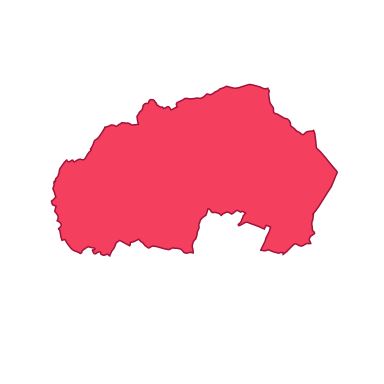 Da Lat, Lâm Đồng, Vietnam, rotated 332°
{"feature_id": "81297802B86448730167777", "entity_name": "Da Lat", "entity_type": "district", "adm_level": 2, "iso_a3": "VNM", "parent_name": "Vietnam", "parent_adm1": "Lâm Đồng", "projection": "albers", "projection_center": [108.448, 11.908], "detail": "fine", "context": "isolated", "style": "filled", "palette": "rose", "viewbox_px": 384, "rotation_deg": 332, "n_neighbors": 0, "source": "geoboundaries", "source_scale": "gbopen_adm2", "svg_char_len": 5989}
<svg xmlns="http://www.w3.org/2000/svg" viewBox="0 0 384 384"><g transform="rotate(332 192 192)"><path d="M307.7,136.0L305.3,135.4L303.8,134.3L301.3,131.1L295.9,126.0L294.0,124.5L292.9,123.9L291.1,123.5L282.0,121.8L278.7,120.6L276.5,118.9L272.3,115.0L271.7,114.8L268.4,114.7L265.2,114.1L264.1,114.2L262.9,114.7L258.9,114.5L256.5,115.0L255.0,114.9L254.3,114.8L253.7,114.6L251.4,112.5L250.6,112.5L247.3,113.5L243.4,113.4L240.8,111.5L240.1,111.1L239.3,111.0L237.9,110.5L234.4,109.1L233.0,108.2L231.4,106.9L230.2,106.3L229.6,106.1L227.2,106.4L221.4,106.1L220.4,106.2L219.8,106.6L219.3,107.3L219.1,108.1L218.8,109.8L213.2,109.8L211.9,109.6L211.8,106.8L211.5,106.0L211.1,105.5L210.4,105.2L207.4,105.2L206.1,104.9L205.8,103.2L205.6,103.0L204.3,102.4L203.4,101.4L203.0,100.7L202.7,99.6L202.1,99.2L201.7,98.6L201.8,98.3L202.1,97.6L202.2,96.7L201.8,95.9L201.6,93.6L201.0,92.4L200.6,92.0L199.8,91.6L198.7,90.8L197.0,91.3L196.5,91.7L195.9,92.6L195.0,93.0L194.4,93.0L193.3,92.3L192.4,92.0L191.4,92.0L189.7,92.5L189.3,93.1L186.7,95.9L186.1,96.1L182.8,96.9L182.1,97.8L181.1,98.2L179.2,99.2L178.8,99.6L177.4,103.4L176.9,104.9L176.5,107.1L173.5,106.0L170.7,104.8L170.1,104.3L168.9,102.2L167.7,101.0L167.1,100.6L166.4,100.5L165.9,100.3L165.6,100.0L165.4,99.6L163.7,98.6L162.7,97.9L162.1,97.8L161.7,98.1L161.3,98.3L160.7,98.3L159.2,98.0L157.7,98.5L156.5,98.6L155.6,98.1L154.3,96.4L152.3,94.9L148.9,94.7L146.2,94.2L145.7,93.8L145.2,94.1L145.0,94.5L140.2,97.4L138.9,98.0L137.7,98.7L134.5,100.2L133.0,100.5L130.7,100.7L130.2,100.9L129.5,101.2L127.3,103.4L124.2,105.6L122.6,106.3L122.8,107.6L120.5,108.3L117.5,109.6L115.3,111.1L112.9,112.4L112.0,112.7L111.4,112.6L110.9,112.4L109.5,111.3L108.9,110.7L107.6,110.1L104.9,110.0L102.4,110.2L101.7,109.6L101.7,108.1L101.4,107.7L101.0,107.6L98.0,107.7L97.4,107.6L96.9,107.1L96.6,106.6L96.4,106.0L96.4,105.0L95.0,105.3L93.0,106.0L86.3,109.4L85.4,110.3L84.8,110.9L84.1,112.1L81.8,114.5L80.6,115.4L78.5,116.1L77.8,116.4L77.3,116.9L77.1,117.2L77.1,117.6L76.8,118.0L76.2,118.7L75.5,117.9L74.8,118.5L74.3,119.0L73.8,120.8L73.2,121.4L70.7,123.8L70.6,125.3L70.2,128.4L69.7,130.7L69.6,132.4L67.8,133.0L66.5,133.6L65.4,133.8L63.7,134.0L63.4,134.7L62.9,136.9L62.9,137.6L63.2,138.3L65.3,140.7L62.0,144.2L61.8,144.5L61.8,145.2L62.3,147.7L62.4,149.0L62.4,150.2L62.2,151.1L61.2,152.6L59.4,154.1L60.8,156.1L61.1,156.9L61.3,157.8L61.3,159.2L60.8,160.2L60.4,160.6L59.7,161.0L57.6,161.5L56.9,161.8L56.7,162.1L56.8,162.6L57.2,163.2L57.2,164.0L55.1,170.3L54.5,173.6L57.5,174.2L57.7,178.8L58.6,184.4L58.9,185.6L59.4,186.9L60.5,188.6L63.7,192.3L64.0,192.9L64.4,193.8L65.7,193.9L66.0,193.8L66.7,193.2L67.2,192.6L67.7,192.3L68.4,192.1L74.8,191.4L75.0,191.9L75.5,192.4L76.7,193.5L79.3,195.6L79.7,196.1L79.7,196.4L79.5,196.8L78.9,197.2L78.5,197.2L77.3,196.5L76.9,196.6L76.7,196.8L76.6,197.3L76.5,198.8L76.6,200.4L77.0,200.8L77.5,201.1L78.4,201.3L79.7,201.0L81.0,201.1L81.7,201.2L82.3,201.6L82.8,201.9L83.0,202.5L82.9,202.8L82.4,203.7L82.5,204.4L83.6,205.8L84.1,206.3L84.8,206.6L86.0,206.9L87.0,206.9L88.2,207.2L88.4,207.9L89.4,209.8L90.1,209.1L93.0,206.8L93.9,206.3L96.4,205.2L98.1,204.0L100.9,201.5L102.0,201.1L105.5,200.8L111.7,210.2L112.4,209.8L112.9,209.2L113.4,208.3L113.9,207.8L114.3,207.7L116.5,208.4L118.2,208.6L122.8,208.7L123.2,210.6L123.7,211.9L124.6,213.6L125.4,217.2L126.1,218.7L127.2,220.9L127.7,221.2L128.4,221.2L131.0,221.1L131.7,221.3L132.5,221.6L135.6,224.0L141.3,229.5L142.7,230.5L143.7,231.5L144.5,232.0L145.5,232.2L148.2,232.2L148.9,232.4L150.2,233.5L152.1,234.5L152.9,235.2L154.8,236.6L155.3,237.2L155.7,238.0L156.3,240.9L156.6,241.7L157.3,242.6L157.9,243.1L159.0,243.7L161.6,244.3L162.7,244.9L164.4,246.4L164.9,245.6L165.6,243.7L166.6,240.3L167.9,238.4L169.6,236.7L170.4,236.2L172.4,235.3L173.1,235.3L173.7,234.8L175.0,233.6L176.8,231.5L177.7,230.0L181.2,227.2L181.7,226.4L182.8,223.8L183.5,223.2L184.3,222.7L185.9,221.0L187.4,220.2L189.2,219.6L193.4,219.0L194.4,218.2L198.3,214.3L199.2,215.2L199.5,215.7L199.6,216.3L199.8,218.8L200.3,219.6L201.2,220.2L202.8,220.8L203.7,221.5L205.7,223.6L206.4,224.8L206.8,226.4L209.2,225.8L211.5,225.9L212.7,226.0L213.7,226.3L214.4,226.8L215.0,227.4L215.5,228.2L215.9,229.1L216.7,230.1L217.8,230.1L222.5,229.3L223.3,229.4L225.4,232.4L225.8,232.7L227.4,232.7L227.7,232.9L228.1,233.4L228.4,234.3L229.4,235.9L228.6,236.3L226.6,236.8L226.2,237.0L225.4,237.8L224.6,238.6L223.2,239.6L221.7,241.0L221.1,241.3L220.0,241.9L217.7,242.3L217.4,242.7L217.5,243.7L219.1,244.0L221.8,244.0L223.8,243.9L225.4,244.1L226.1,244.4L227.1,245.1L228.4,246.8L234.2,253.2L235.8,255.2L236.5,256.2L238.5,258.7L239.3,258.0L241.8,256.3L242.7,257.1L244.9,259.9L241.6,263.2L235.5,267.6L233.4,269.8L225.4,275.6L226.6,276.7L228.3,277.8L229.5,278.4L231.7,278.8L232.2,278.7L236.0,283.3L239.9,286.8L241.1,286.9L242.0,287.1L243.0,287.7L243.7,288.3L243.2,289.9L247.5,289.1L255.1,286.7L257.4,286.1L259.0,286.3L259.8,287.0L260.9,288.9L262.3,290.5L263.9,291.4L268.0,291.3L269.3,291.4L271.5,292.8L272.7,293.2L272.8,292.7L273.1,289.2L273.6,288.5L274.2,287.9L274.9,287.4L276.5,286.7L278.0,286.6L280.3,286.3L280.7,286.1L281.0,285.8L281.1,284.9L280.6,283.5L280.6,282.2L280.8,281.3L281.9,279.0L282.3,277.4L283.6,275.0L285.5,273.3L288.8,268.7L288.4,268.3L292.2,266.7L297.1,264.3L310.8,256.4L317.6,252.6L322.6,248.5L326.0,245.6L329.4,243.0L329.5,242.6L329.5,241.4L327.8,233.7L325.6,222.6L324.3,217.0L323.4,213.9L322.5,211.8L322.7,211.1L325.3,204.8L327.9,197.9L328.3,194.7L327.3,194.7L326.3,194.4L324.9,193.7L322.0,192.8L320.5,192.8L319.6,193.0L318.8,193.4L318.0,193.5L317.4,193.5L316.7,193.3L315.8,192.4L315.1,190.2L312.9,187.0L312.2,184.3L311.2,182.1L310.4,180.5L310.3,179.7L310.5,178.9L311.1,177.8L311.4,176.6L311.4,175.3L311.1,173.9L310.7,172.7L310.0,171.7L308.5,170.6L305.0,165.1L304.5,164.1L303.4,162.7L302.4,161.8L301.8,161.0L301.6,160.3L301.6,159.9L301.8,159.2L302.7,157.4L303.2,156.1L303.3,155.1L302.8,151.8L302.8,150.3L303.0,148.7L305.6,141.6L306.2,140.6L307.4,139.4L307.7,139.0L307.7,138.6L307.5,136.9L307.7,136.0Z" fill="#f43f5e" stroke="#9f1239" stroke-width="1.5"/></g></svg>